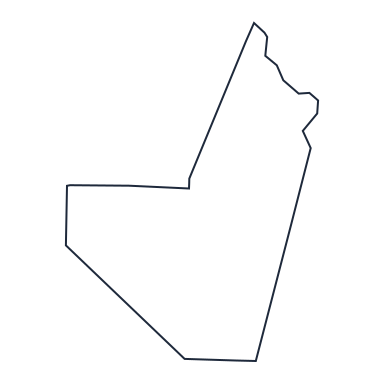 Moniteau, Missouri, United States of America
{"feature_id": "52423323B12079840078739", "entity_name": "Moniteau", "entity_type": "district", "adm_level": 2, "iso_a3": "USA", "parent_name": "United States of America", "parent_adm1": "Missouri", "projection": "natural_earth1", "projection_center": [-92.537, 38.675], "detail": "fine", "context": "isolated", "style": "outline", "palette": "slate", "viewbox_px": 384, "rotation_deg": 0, "n_neighbors": 0, "source": "geoboundaries", "source_scale": "gbopen_adm2", "svg_char_len": 415}
<svg xmlns="http://www.w3.org/2000/svg" viewBox="0 0 384 384"><path d="M184.6,358.9L235.7,360.5L255.8,361.0L291.1,224.7L310.7,148.1L302.8,130.9L317.2,113.5L318.1,100.5L309.4,92.9L298.7,93.6L283.3,80.3L276.8,65.3L265.3,55.8L267.2,37.0L264.5,32.7L254.0,23.0L246.0,41.1L189.3,178.6L189.2,183.1L189.0,188.5L129.0,185.7L70.1,185.2L67.0,185.8L65.9,245.4L184.6,358.9Z" fill="none" stroke="#1e293b" stroke-width="2"/></svg>